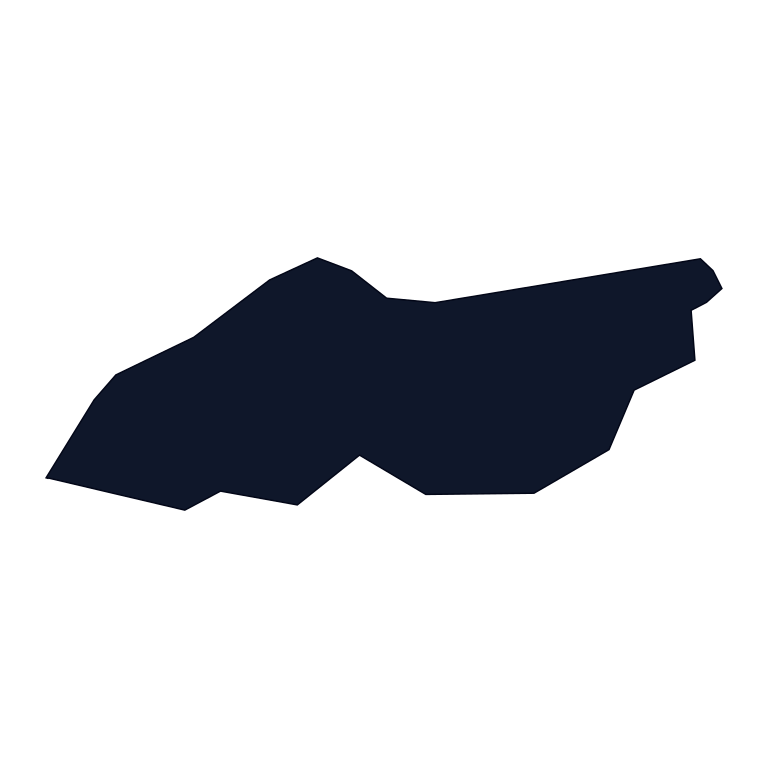 an SVG outline of North Down
{"feature_id": "GBR-2098", "entity_name": "North Down", "entity_type": "District", "adm_level": 1, "iso_a3": "GBR", "parent_name": "United Kingdom", "parent_adm1": "", "projection": "orthographic", "projection_center": [-5.72, 54.647], "detail": "fine", "context": "isolated", "style": "filled", "palette": "ink", "viewbox_px": 768, "rotation_deg": 0, "n_neighbors": 0, "source": "natural_earth", "source_scale": "10m", "svg_char_len": 439}
<svg xmlns="http://www.w3.org/2000/svg" viewBox="0 0 768 768"><path d="M46.1,477.8L94.2,399.8L115.9,374.9L193.8,337.3L269.7,279.9L317.4,257.9L351.7,270.9L386.6,298.2L435.1,302.7L700.4,258.8L713.0,270.7L721.9,288.5L706.5,302.3L691.1,310.3L694.9,360.2L634.1,390.1L609.0,449.6L534.0,493.2L425.8,494.4L359.5,455.1L297.3,504.9L220.5,491.1L184.8,510.1L47.9,477.9L47.8,478.3L46.1,477.8Z" fill="#0f172a" stroke="#020617" stroke-width="1.5"/></svg>